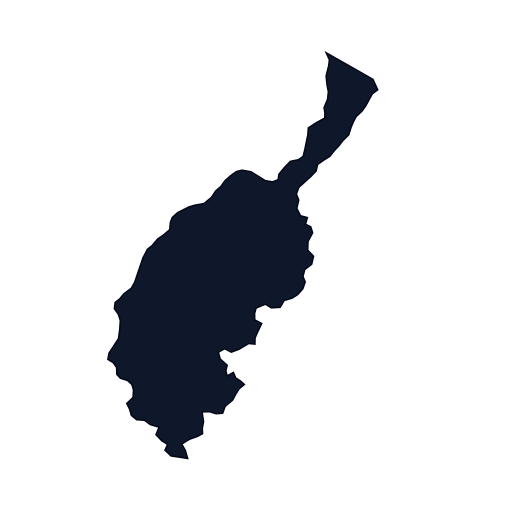 outline of Cumbe, Sergipe, Brazil, rotated 67°
{"feature_id": "56859067B88215085586778", "entity_name": "Cumbe", "entity_type": "district", "adm_level": 2, "iso_a3": "BRA", "parent_name": "Brazil", "parent_adm1": "Sergipe", "projection": "robinson", "projection_center": [-37.197, -10.328], "detail": "fine", "context": "isolated", "style": "filled", "palette": "ink", "viewbox_px": 512, "rotation_deg": 67, "n_neighbors": 0, "source": "geoboundaries", "source_scale": "gbopen_adm2", "svg_char_len": 2084}
<svg xmlns="http://www.w3.org/2000/svg" viewBox="0 0 512 512"><g transform="rotate(67 256 256)"><path d="M320.4,277.1L314.3,282.1L308.3,279.7L304.0,276.3L304.0,266.2L309.7,262.2L312.7,253.8L308.0,247.5L308.9,239.1L307.8,232.6L304.5,225.7L299.1,220.8L293.3,220.8L287.5,216.4L285.3,207.9L278.7,203.1L270.8,206.1L262.9,202.4L256.8,194.8L250.5,194.2L246.1,198.0L240.7,193.7L236.3,199.3L228.1,199.8L221.2,194.8L214.7,194.6L209.5,189.6L206.8,181.8L204.2,174.3L201.3,167.5L195.8,163.5L194.1,155.4L193.1,149.1L189.2,141.9L186.8,136.3L183.9,131.3L180.7,123.3L174.4,117.9L170.3,113.6L166.8,109.3L164.0,101.7L160.5,96.1L156.4,90.9L152.2,85.6L150.6,79.0L139.1,79.3L96.3,112.0L104.0,111.8L109.0,114.6L117.8,121.2L126.8,123.9L133.0,125.2L139.7,128.9L146.0,135.4L150.9,136.6L155.9,138.8L156.8,148.2L158.5,157.8L164.8,161.0L171.4,165.6L176.4,169.0L182.7,173.7L183.9,179.3L182.3,187.4L185.7,195.4L189.7,203.0L194.4,205.8L194.2,211.7L190.3,218.0L185.3,221.4L176.4,227.8L171.5,235.4L170.6,241.1L172.2,248.1L174.5,255.0L178.3,261.2L180.2,267.4L184.6,274.1L187.4,283.4L185.3,292.4L184.6,298.6L185.4,311.1L187.8,318.0L191.6,321.7L198.0,325.1L200.5,333.0L201.8,339.7L205.9,347.8L207.3,353.2L213.6,360.9L217.8,364.6L223.4,369.6L227.3,373.1L232.8,378.0L236.9,383.3L239.1,392.3L242.1,398.0L243.7,403.8L249.2,407.0L255.7,405.5L262.3,406.1L270.3,410.1L278.3,414.9L283.7,422.9L287.9,429.2L293.3,432.8L298.4,429.1L304.2,427.9L310.6,430.4L315.5,428.6L320.4,422.9L325.8,420.5L331.4,421.1L338.2,424.5L341.2,432.6L347.5,432.2L354.1,433.0L360.1,429.8L363.6,422.9L369.9,419.2L375.7,412.1L381.4,417.9L389.3,414.9L394.9,411.0L399.2,415.7L406.9,412.3L411.8,404.2L415.7,398.0L407.4,397.0L400.1,397.8L398.7,388.9L399.2,380.5L398.7,374.6L393.7,372.8L388.0,369.0L378.4,366.5L381.4,359.3L385.6,354.4L387.7,348.1L382.3,343.1L379.5,333.8L374.8,328.0L371.6,323.2L369.7,316.9L364.8,319.2L360.3,322.3L354.3,322.3L355.1,329.4L349.7,328.5L345.3,325.2L336.8,329.2L329.9,328.2L329.1,321.1L334.9,316.3L335.2,307.9L333.7,297.0L336.7,291.4L331.1,288.9L326.7,284.3L320.4,277.1Z" fill="#0f172a" stroke="#020617" stroke-width="1.5"/></g></svg>